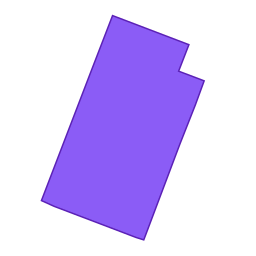 outline of Frontier, Nebraska, United States of America, rotated 291°
{"feature_id": "52423323B47045621610047", "entity_name": "Frontier", "entity_type": "district", "adm_level": 2, "iso_a3": "USA", "parent_name": "United States of America", "parent_adm1": "Nebraska", "projection": "natural_earth1", "projection_center": [-100.43, 40.525], "detail": "fine", "context": "isolated", "style": "filled", "palette": "violet", "viewbox_px": 256, "rotation_deg": 291, "n_neighbors": 0, "source": "geoboundaries", "source_scale": "gbopen_adm2", "svg_char_len": 316}
<svg xmlns="http://www.w3.org/2000/svg" viewBox="0 0 256 256"><g transform="rotate(291 128 128)"><path d="M29.2,73.2L28.4,87.2L28.7,174.8L29.2,182.8L33.9,182.8L131.5,182.2L173.7,182.6L199.3,182.2L199.2,154.9L227.6,155.0L227.4,73.3L167.2,73.2L29.2,73.2Z" fill="#8b5cf6" stroke="#5b21b6" stroke-width="1.5"/></g></svg>